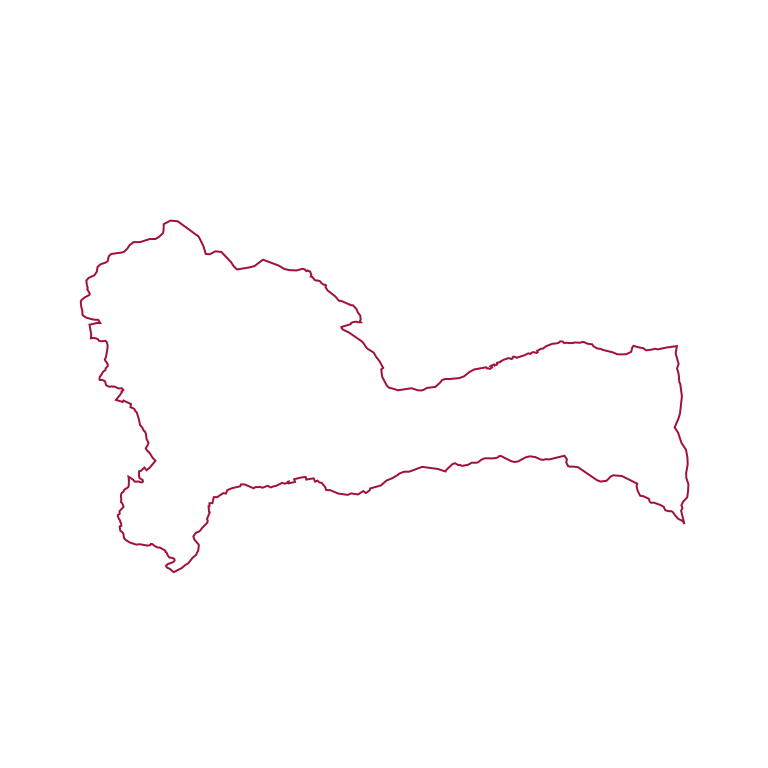 Halmagiu, Arad, Romania (orthographic projection), rotated 75°
{"feature_id": "2599482B14202054481695", "entity_name": "Halmagiu", "entity_type": "district", "adm_level": 2, "iso_a3": "ROU", "parent_name": "Romania", "parent_adm1": "Arad", "projection": "orthographic", "projection_center": [22.581, 46.302], "detail": "fine", "context": "isolated", "style": "outline", "palette": "rose", "viewbox_px": 768, "rotation_deg": 75, "n_neighbors": 0, "source": "geoboundaries", "source_scale": "gbopen_adm2", "svg_char_len": 6156}
<svg xmlns="http://www.w3.org/2000/svg" viewBox="0 0 768 768"><g transform="rotate(75 384 384)"><path d="M471.3,670.6L475.0,664.9L475.5,661.5L478.9,654.3L479.1,651.3L478.2,650.6L478.5,649.4L481.4,647.2L483.3,645.0L484.0,642.8L488.1,638.6L490.0,638.3L490.4,637.7L493.7,637.2L496.0,636.3L497.3,633.3L498.8,631.8L500.2,631.9L500.9,632.5L501.7,635.1L501.9,639.3L503.2,641.7L505.2,641.1L507.0,638.9L511.3,635.8L509.4,626.9L507.5,623.0L506.5,619.4L502.4,614.0L500.3,609.5L498.7,608.4L496.9,606.6L491.9,604.6L490.8,604.7L485.3,607.4L481.8,607.6L479.0,604.2L478.7,601.0L477.8,599.2L475.8,596.7L472.6,591.1L471.8,590.3L470.3,589.6L468.6,589.9L462.8,585.5L462.0,586.1L456.7,585.1L456.8,584.2L453.9,583.4L454.7,580.6L449.2,577.7L450.1,574.4L447.8,567.5L448.9,564.9L446.1,563.0L445.6,560.5L445.3,557.1L445.6,549.4L444.0,548.2L444.6,545.5L445.4,544.0L451.0,536.9L450.3,535.0L451.4,530.2L452.7,528.4L452.2,522.7L454.6,520.2L454.3,518.0L454.4,514.1L453.1,507.9L454.5,505.9L454.6,502.6L453.6,502.3L453.5,501.2L455.3,501.6L455.6,495.3L452.7,495.4L452.9,488.0L453.5,483.7L456.2,483.8L456.9,476.4L460.5,475.8L460.1,473.3L462.5,471.7L463.3,469.8L468.6,467.4L471.0,467.5L471.5,467.1L472.6,463.5L478.0,456.5L481.7,447.8L481.2,444.0L484.0,437.6L482.0,431.8L484.6,429.8L484.6,429.4L482.9,425.3L481.3,424.3L481.2,413.3L477.9,406.5L477.1,400.4L475.5,394.5L474.6,392.8L474.1,389.3L474.0,387.0L475.2,382.4L473.9,368.6L480.0,354.0L484.4,347.3L483.1,346.0L479.1,338.6L478.9,335.9L481.3,333.6L481.7,331.8L483.3,329.8L483.8,323.8L482.7,319.4L483.4,317.5L484.1,313.8L482.4,309.7L481.9,307.4L482.0,305.2L484.1,298.0L484.5,293.4L483.5,291.5L483.7,289.8L491.4,281.2L493.2,277.9L493.5,274.5L491.5,266.1L491.6,261.8L493.8,256.7L497.5,252.2L498.6,249.4L498.4,247.4L499.6,244.0L500.0,228.3L504.0,226.8L506.9,228.3L510.9,227.4L511.8,226.2L512.8,222.6L514.6,218.1L532.0,203.2L534.3,200.0L535.1,194.1L532.1,189.1L531.5,186.3L534.4,178.1L545.8,165.2L548.1,166.5L552.9,166.6L558.2,165.5L559.6,162.4L563.6,157.8L566.4,157.8L567.9,156.7L568.4,154.0L573.0,147.6L575.1,145.6L578.7,145.0L580.5,142.2L581.2,139.4L582.6,138.1L586.6,136.7L590.6,134.6L592.1,132.6L594.5,130.5L597.1,130.1L583.3,129.8L581.3,127.9L578.1,128.1L575.0,125.4L571.9,120.4L565.5,117.8L559.6,115.9L552.9,116.3L548.0,115.1L540.3,111.5L533.9,110.0L525.7,109.3L518.0,111.9L507.3,112.5L501.2,114.5L493.0,108.1L488.8,105.6L472.9,99.4L460.2,97.8L458.8,98.3L452.5,97.1L448.1,96.7L444.8,97.0L440.9,94.2L430.0,94.4L423.2,91.3L421.9,101.7L421.4,110.6L420.1,113.3L420.1,116.3L419.3,122.1L416.5,124.3L414.2,129.1L411.7,133.1L413.1,134.8L416.9,136.9L417.9,142.4L416.6,148.0L415.7,150.9L412.6,154.9L407.9,163.5L406.0,165.8L405.0,168.7L401.8,171.9L399.5,172.7L398.2,176.0L397.0,178.1L395.4,179.7L394.8,181.5L394.9,183.9L393.2,189.2L393.4,190.6L393.0,191.4L392.7,193.6L391.2,197.6L391.2,199.3L389.1,200.5L388.5,203.0L389.5,204.9L389.4,207.2L388.7,210.9L389.5,217.9L390.9,221.2L390.6,224.1L391.3,225.4L391.5,227.4L393.2,227.4L393.5,228.5L391.8,231.6L392.0,233.4L392.9,235.0L391.8,236.4L391.9,238.0L392.5,239.8L393.0,249.1L391.7,250.4L391.1,251.8L391.3,252.7L392.7,253.3L392.9,254.2L391.2,257.0L391.6,262.3L392.4,265.7L393.0,266.1L392.7,269.2L393.1,269.7L394.5,269.7L394.8,272.5L393.6,272.7L394.3,276.6L395.9,275.3L396.6,276.6L396.7,278.3L395.8,279.1L395.7,280.4L394.3,281.0L393.3,293.0L394.3,297.7L397.3,304.7L397.8,309.8L396.1,319.7L395.0,323.5L395.2,326.9L397.1,329.3L400.1,335.2L398.9,343.4L399.9,347.4L399.9,349.8L398.9,352.7L395.2,358.6L393.7,372.1L390.1,377.7L389.2,379.9L386.2,381.7L376.7,383.9L369.2,382.9L368.2,380.6L360.6,382.5L356.0,384.5L350.9,385.9L346.0,390.5L343.9,391.8L338.7,393.4L336.6,394.8L324.8,404.9L321.1,409.3L319.6,410.3L317.9,410.4L317.6,400.8L316.4,399.6L316.3,396.5L316.7,394.5L317.8,392.9L318.4,390.4L317.1,391.0L315.7,389.9L312.0,389.2L307.9,390.8L304.1,391.3L299.9,393.7L299.3,395.6L292.4,404.1L292.4,405.4L291.1,406.4L286.9,408.3L279.0,414.3L275.3,415.4L273.7,414.5L273.1,414.8L272.3,416.7L270.6,418.2L268.2,419.2L266.8,421.3L266.7,422.4L265.6,424.0L261.9,425.6L261.3,426.9L259.6,425.9L256.3,426.3L254.6,428.3L255.0,429.4L254.6,430.0L253.2,430.4L251.6,432.8L251.7,439.1L249.5,445.9L247.1,450.5L242.5,454.9L232.6,468.7L236.6,478.6L236.5,484.5L235.3,496.4L231.1,498.8L226.5,500.3L214.4,506.9L212.2,512.5L213.6,518.7L212.2,522.5L203.6,522.8L193.6,524.9L173.4,541.2L170.9,548.0L172.6,555.4L178.1,557.0L181.1,558.4L183.7,563.4L184.8,567.3L183.3,572.6L183.8,582.8L182.1,589.5L182.6,590.1L183.9,593.6L187.0,597.2L189.1,601.2L189.1,603.4L187.8,613.8L189.4,616.8L193.8,619.1L194.6,620.9L195.0,626.9L196.9,630.4L201.3,632.4L204.0,635.6L205.1,641.9L207.0,644.7L211.2,645.4L214.6,645.3L215.7,646.1L220.5,644.8L221.8,645.6L222.9,650.7L224.2,653.7L225.2,655.1L226.3,655.7L231.6,656.5L235.1,656.4L238.1,657.2L239.7,657.2L242.6,654.7L245.4,650.2L247.1,646.7L247.8,643.9L248.2,643.4L251.6,642.4L250.8,645.5L250.5,653.1L260.6,654.0L264.0,655.3L264.4,652.2L266.4,648.9L268.4,648.2L269.7,645.8L270.1,642.0L271.5,641.0L274.8,640.9L277.6,641.7L286.3,645.7L288.0,647.3L289.7,647.1L290.7,646.5L294.1,645.8L295.2,646.3L296.9,648.8L298.4,649.5L299.4,652.1L302.5,655.2L303.5,656.7L306.1,657.7L306.6,657.4L307.4,654.6L309.2,652.7L313.0,652.8L314.6,651.4L315.7,649.7L315.8,647.5L316.5,646.5L316.7,645.0L319.6,641.6L320.3,638.3L322.2,637.3L322.5,637.3L323.2,639.4L324.0,639.3L326.4,642.0L330.0,647.0L333.7,641.1L332.5,640.0L337.9,633.6L340.8,634.9L342.5,632.6L343.8,631.5L345.6,631.3L347.3,630.2L354.1,629.9L360.6,630.2L363.6,628.8L366.8,628.2L368.1,627.2L370.7,626.9L375.7,627.6L379.9,626.7L381.3,627.6L384.5,630.8L386.7,630.2L390.3,628.1L395.4,626.6L399.0,624.6L404.3,632.1L405.8,635.7L402.7,637.1L405.0,641.5L404.9,643.1L408.8,644.3L411.5,644.5L414.3,642.0L415.6,642.0L416.4,642.9L415.8,645.0L414.8,645.9L413.8,650.0L411.6,651.0L407.4,654.8L410.9,655.3L416.5,657.0L417.4,657.7L419.0,662.3L420.6,663.7L421.3,665.4L422.4,666.4L424.7,667.3L427.2,667.5L430.0,668.6L431.7,667.7L434.7,667.3L435.5,667.7L438.3,672.3L441.1,673.0L441.7,675.0L443.0,675.3L445.9,674.9L447.6,674.2L449.0,674.5L450.3,673.9L453.1,674.5L453.2,676.2L457.5,676.7L459.5,675.1L461.0,674.5L465.6,675.0L467.8,673.9L471.3,670.6Z" fill="none" stroke="#9f1239" stroke-width="2"/></g></svg>